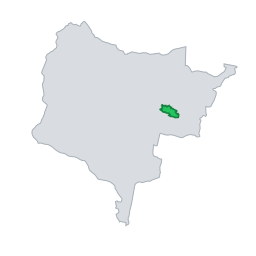 location of Kaniama, Katanga, Democratic Republic of the Congo, rotated 281°
{"feature_id": "63176286B16885288794784", "entity_name": "Kaniama", "entity_type": "district", "adm_level": 2, "iso_a3": "COD", "parent_name": "Democratic Republic of the Congo", "parent_adm1": "Katanga", "projection": "mercator", "projection_center": [24.189, -7.846], "detail": "fine", "context": "in_parent", "style": "filled", "palette": "green", "viewbox_px": 256, "rotation_deg": 281, "n_neighbors": 0, "source": "geoboundaries", "source_scale": "gbopen_adm2", "svg_char_len": 6674}
<svg xmlns="http://www.w3.org/2000/svg" viewBox="0 0 256 256"><g transform="rotate(281 128 128)"><path d="M218.9,169.3L200.2,172.3L200.6,173.4L200.4,174.5L199.9,175.4L198.0,177.7L195.2,179.8L195.2,180.4L196.6,182.8L197.5,186.0L197.3,191.9L197.7,193.4L197.6,194.6L196.6,196.0L194.8,203.0L196.0,206.4L199.7,209.6L201.9,211.9L205.6,212.8L206.2,212.7L206.4,210.7L209.3,210.0L209.3,222.5L209.1,223.2L208.5,223.4L207.8,223.0L207.6,221.8L206.8,221.3L203.3,222.8L202.4,222.8L201.4,222.5L200.7,221.9L200.5,220.9L197.9,217.2L196.7,217.0L195.3,213.7L189.7,211.3L187.6,211.1L186.4,210.4L185.3,207.8L183.5,206.1L183.0,204.3L182.7,204.0L181.5,204.4L180.6,207.3L179.3,208.0L177.0,208.1L171.2,207.2L167.1,205.7L166.0,205.8L164.4,204.5L163.7,202.2L164.1,200.5L163.8,200.2L157.5,201.7L156.0,202.6L154.6,202.3L154.2,201.9L154.8,200.7L154.5,199.4L154.0,198.8L152.2,198.3L151.6,196.9L150.4,196.7L150.1,196.9L149.8,197.9L149.1,198.2L145.4,197.7L141.5,198.9L136.2,198.6L133.8,200.1L133.4,200.0L132.9,199.3L132.4,196.9L132.6,196.3L133.4,195.8L133.7,194.9L133.4,192.4L133.6,191.8L133.4,190.4L132.6,188.2L131.5,186.4L129.1,183.6L128.7,182.3L128.9,179.3L129.6,174.4L129.5,170.8L128.6,168.5L128.4,166.0L129.0,161.4L128.4,160.4L116.5,160.0L116.0,159.6L115.8,159.0L116.4,156.3L109.1,157.0L107.0,157.5L105.6,158.6L105.2,160.0L105.1,162.0L104.1,163.8L103.7,167.0L101.7,167.3L99.7,167.3L95.9,166.7L92.1,167.6L90.3,168.4L89.3,168.0L86.0,168.3L85.5,168.1L81.7,161.8L80.0,159.8L79.6,158.7L79.8,157.8L79.3,156.5L77.5,153.3L77.2,151.8L77.3,149.4L77.1,148.7L75.4,146.6L74.4,146.0L73.2,145.6L53.9,145.9L47.4,145.5L42.8,145.8L40.4,145.6L39.8,145.3L37.6,145.8L36.5,146.6L34.8,147.0L33.8,146.9L31.8,144.5L34.5,144.1L34.7,143.9L34.9,138.4L34.2,137.6L35.7,136.6L38.0,134.2L40.3,133.3L40.6,132.8L41.1,132.8L41.9,133.9L43.9,135.2L46.4,134.0L46.7,133.7L47.0,131.3L47.6,131.1L48.6,131.6L49.2,131.6L50.3,130.9L53.4,129.8L54.4,131.3L53.5,132.7L53.9,133.6L54.0,135.1L54.5,135.5L57.0,135.7L57.7,135.3L62.6,129.8L63.9,129.2L66.0,127.0L68.7,126.1L69.9,124.4L71.5,121.3L72.2,116.9L72.0,109.3L72.2,108.3L75.5,104.9L78.9,98.7L81.2,97.1L82.9,96.4L85.6,94.1L87.7,91.9L87.4,89.1L87.9,86.8L89.1,83.9L89.5,80.9L89.1,77.7L89.2,75.0L90.8,70.8L90.9,66.0L92.3,61.9L95.2,56.8L96.5,52.9L96.2,49.1L96.6,46.4L96.5,44.7L95.9,43.3L96.2,42.4L97.3,42.0L98.6,40.6L101.0,36.9L103.6,35.1L105.4,34.5L107.2,34.5L108.4,34.9L110.4,36.3L112.7,37.5L114.4,39.0L116.0,41.2L120.0,41.7L121.8,42.5L122.8,42.8L123.2,42.6L124.0,42.7L125.9,43.4L127.4,43.1L134.8,44.5L135.7,43.8L137.8,39.9L139.3,38.6L141.9,38.4L143.8,39.2L144.9,39.2L154.0,35.8L155.2,35.7L158.5,36.5L160.7,35.9L161.5,36.1L163.4,35.5L164.9,33.2L166.2,32.6L179.3,35.1L181.3,33.9L182.2,33.8L185.1,34.7L186.0,36.1L187.8,37.3L189.0,39.4L191.0,40.5L191.9,41.6L193.1,42.4L195.5,42.6L198.5,40.8L200.6,41.0L202.8,42.0L203.5,41.9L205.1,40.9L206.0,39.7L206.8,39.5L208.1,40.0L209.1,41.0L210.0,42.6L213.3,46.1L216.5,47.6L217.3,49.7L218.4,49.5L219.0,49.7L219.8,51.1L220.4,51.3L220.5,51.9L219.7,53.2L219.0,55.6L219.9,57.1L219.1,59.3L218.7,61.5L219.7,62.1L221.1,62.0L222.3,63.2L223.2,63.4L224.2,64.6L224.0,65.7L220.9,69.3L216.2,73.8L214.6,74.3L213.8,75.2L213.2,76.5L211.8,77.6L210.8,78.0L210.7,81.3L209.1,84.6L208.5,85.3L207.6,90.8L207.8,91.7L206.9,96.2L207.1,100.3L204.8,101.6L203.2,103.7L202.6,105.1L202.6,108.5L200.0,110.5L199.8,111.0L200.5,113.4L201.4,113.8L201.4,114.6L203.5,117.2L203.4,125.0L203.5,125.8L204.6,127.7L205.3,131.3L204.5,135.8L207.4,144.2L206.1,147.2L206.7,150.2L208.4,153.3L212.4,156.3L213.5,157.5L214.5,159.2L215.5,161.8L218.9,169.3Z" fill="#d9dde1" stroke="#a8b0b8" stroke-width="1"/><path d="M157.3,157.0L157.0,157.0L156.4,157.3L156.3,157.2L156.1,157.0L155.9,157.6L155.7,157.7L155.3,157.7L155.1,157.7L154.9,157.6L154.6,157.7L154.3,157.7L154.0,157.7L153.9,157.6L153.7,157.4L153.7,157.5L153.6,157.4L153.3,157.3L153.2,157.4L153.0,157.2L153.1,156.9L153.0,156.7L152.9,156.6L152.8,156.4L152.7,156.4L152.7,156.2L152.3,156.1L152.3,156.3L152.4,156.5L152.0,156.6L152.1,156.8L152.2,156.7L152.2,156.9L152.3,157.0L152.1,157.1L152.2,157.3L152.3,157.3L152.2,157.6L152.0,157.8L151.9,157.9L151.7,157.8L151.4,157.8L151.4,158.0L151.3,158.3L151.2,158.3L151.1,158.5L150.9,158.8L150.6,159.0L150.4,159.3L150.4,159.5L150.6,159.8L150.5,160.1L150.5,160.3L150.4,160.4L150.4,160.5L150.5,160.7L150.7,160.8L150.8,160.9L150.8,161.0L150.7,161.0L150.5,161.3L150.5,161.7L150.4,161.7L150.4,161.8L150.4,162.0L150.2,162.4L150.1,162.5L150.1,162.8L150.1,163.0L150.0,163.4L150.0,163.5L150.1,163.9L150.1,164.0L150.0,164.3L150.0,164.5L150.3,165.0L150.4,165.3L150.4,165.5L150.2,165.7L149.8,165.9L149.3,166.0L149.0,166.2L148.9,166.3L149.0,166.6L149.0,166.9L148.9,166.9L148.9,166.7L148.8,166.0L148.7,165.9L148.5,165.7L148.3,165.5L148.1,165.9L147.9,166.1L147.9,166.3L147.9,166.5L147.7,166.8L147.6,167.0L147.6,167.3L147.5,167.6L147.4,167.8L147.5,168.0L147.7,168.3L147.7,168.5L147.8,168.7L147.7,169.1L147.6,169.3L147.8,169.9L147.8,170.1L147.6,170.6L147.6,170.8L147.6,171.1L147.5,171.5L147.4,171.7L147.4,171.8L147.2,171.9L147.2,172.1L147.3,172.8L147.5,173.0L147.5,173.3L147.5,173.5L147.7,173.8L147.7,174.2L147.7,174.5L148.0,175.3L148.2,175.2L148.5,175.3L148.8,175.3L149.0,175.3L149.3,175.4L149.5,175.4L149.8,175.3L150.0,175.3L150.1,175.2L150.2,175.3L150.3,175.3L150.5,175.3L150.6,175.2L150.9,175.2L151.2,174.8L151.7,174.4L151.8,174.3L151.8,174.1L151.7,174.0L151.6,173.9L151.3,173.6L151.2,173.6L151.2,173.3L151.3,173.2L151.3,172.9L151.5,172.9L151.8,172.5L152.1,172.3L152.3,172.1L152.5,172.1L152.7,171.9L152.8,171.6L153.0,171.8L153.1,172.0L153.3,172.3L153.5,172.4L153.8,172.6L154.0,172.7L154.3,172.4L154.3,172.2L154.4,171.8L154.5,171.6L154.6,171.4L154.6,171.0L154.6,170.9L154.7,170.6L154.8,170.4L154.8,170.2L154.9,169.7L155.0,169.3L155.3,169.0L155.4,168.7L155.5,168.6L155.5,168.4L155.4,168.4L155.4,168.2L155.5,168.0L155.7,167.9L155.7,167.7L155.7,167.4L155.8,167.2L155.7,167.1L155.8,167.0L155.8,166.9L155.9,166.7L156.0,166.6L155.9,166.5L156.0,166.5L155.9,166.4L156.0,166.4L156.1,166.2L156.3,166.0L156.3,165.9L156.5,165.7L156.8,165.6L157.0,165.4L157.1,165.2L157.3,164.7L157.4,164.4L157.5,164.4L157.5,164.2L157.5,163.9L157.5,163.7L157.4,163.6L157.5,163.6L157.4,163.5L157.3,163.4L157.2,163.3L157.3,163.0L157.2,162.9L157.1,163.0L157.0,162.9L156.9,162.8L156.7,162.7L156.9,162.5L156.9,162.4L156.7,162.2L156.8,162.2L156.8,161.8L156.8,161.7L156.9,161.4L156.9,161.2L157.0,160.9L156.9,160.9L156.9,160.7L156.7,160.6L156.7,160.4L156.8,160.4L156.7,160.3L156.7,160.2L156.8,159.8L156.7,159.8L156.6,159.7L156.4,159.5L156.4,159.4L156.4,159.2L156.5,159.1L156.6,158.9L156.6,158.7L156.8,158.6L156.8,158.4L156.9,158.2L157.0,158.0L156.9,157.8L157.0,157.7L157.1,157.4L157.3,157.3L157.4,157.2L157.3,157.0Z" fill="#22c55e" stroke="#15803d" stroke-width="1.5"/></g></svg>